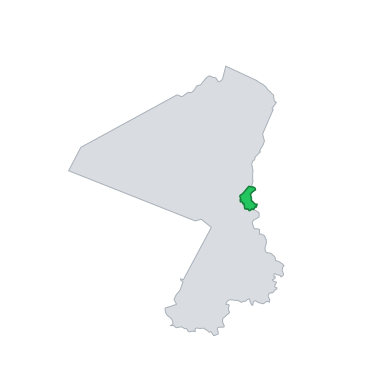 Koro, Mopti, Mali (highlighted), rotated 297°
{"feature_id": "8926073B21763479745041", "entity_name": "Koro", "entity_type": "district", "adm_level": 2, "iso_a3": "MLI", "parent_name": "Mali", "parent_adm1": "Mopti", "projection": "albers", "projection_center": [-2.891, 14.217], "detail": "fine", "context": "in_parent", "style": "filled", "palette": "green", "viewbox_px": 384, "rotation_deg": 297, "n_neighbors": 0, "source": "geoboundaries", "source_scale": "gbopen_adm2", "svg_char_len": 5813}
<svg xmlns="http://www.w3.org/2000/svg" viewBox="0 0 384 384"><g transform="rotate(297 192 192)"><path d="M75.8,273.2L76.0,272.0L75.0,271.1L75.0,270.7L75.7,267.2L75.6,266.2L76.1,264.5L75.5,263.6L75.3,263.1L73.8,260.7L73.3,258.7L72.5,257.4L70.6,256.9L69.9,258.0L69.4,258.2L68.7,257.4L68.5,256.7L68.5,256.0L66.1,252.9L66.3,251.3L67.3,250.4L67.7,249.0L66.9,247.4L67.1,245.8L67.0,243.6L65.6,241.7L64.7,240.8L63.9,239.4L64.7,236.4L63.3,233.7L66.0,234.9L67.4,234.0L68.7,232.7L69.8,231.0L70.4,228.8L70.6,227.0L71.8,224.1L73.2,222.7L76.0,220.8L76.7,221.0L81.0,225.5L83.5,227.8L84.3,229.0L85.2,229.0L86.5,226.9L87.9,225.1L88.4,224.7L92.9,224.6L95.2,225.0L97.2,225.6L100.2,225.9L107.9,224.7L108.1,223.9L108.0,222.9L108.3,222.1L109.0,221.4L109.5,221.2L109.7,223.7L110.3,224.1L112.2,224.2L169.3,225.3L171.9,212.6L167.7,208.0L154.9,72.4L181.4,72.7L185.9,75.8L271.7,134.5L272.1,136.5L272.1,139.1L272.7,139.9L274.0,140.7L278.9,143.2L279.3,143.7L279.5,144.7L280.1,146.0L281.2,146.8L282.4,147.3L283.9,147.7L288.3,148.0L289.3,148.5L291.2,150.9L292.3,151.3L298.3,152.4L300.3,153.0L302.4,154.0L303.5,155.0L303.6,158.7L304.5,161.1L304.5,161.7L303.6,162.7L303.4,163.4L302.3,165.3L302.5,166.1L304.7,167.5L305.7,167.8L306.9,167.8L319.5,165.0L320.7,199.6L320.2,200.2L320.1,206.3L319.2,210.0L317.7,212.7L316.7,216.7L316.1,217.5L315.7,219.8L314.8,221.2L313.2,221.8L310.3,224.4L310.1,226.5L303.1,225.5L302.7,225.5L302.4,225.8L302.3,226.9L284.4,228.0L275.7,228.6L270.3,233.4L266.7,233.9L262.2,233.6L259.9,233.6L259.0,233.9L258.9,234.7L251.8,232.4L249.1,233.2L248.7,232.9L248.3,232.4L247.1,232.2L245.0,232.3L243.6,232.7L239.1,236.4L236.6,237.4L232.1,239.6L229.0,241.5L227.9,241.9L226.1,242.0L224.6,242.4L223.3,246.6L222.5,247.0L217.1,245.3L216.0,245.6L215.0,246.1L212.0,248.6L210.5,250.6L209.7,253.2L209.8,255.0L209.3,255.5L207.9,255.6L205.4,255.1L204.6,255.3L204.3,256.6L204.3,259.5L203.8,261.4L202.3,262.0L201.1,262.8L200.2,263.0L199.5,262.8L195.1,259.9L193.6,259.4L192.0,259.7L190.4,261.0L187.6,264.0L187.9,265.1L188.6,266.3L189.2,267.9L189.1,269.3L185.1,271.2L186.0,272.7L185.9,276.6L184.0,278.4L183.4,279.6L181.6,280.8L180.0,281.5L175.1,282.5L173.2,283.8L172.2,284.8L172.0,285.8L172.2,287.1L173.1,289.7L172.8,292.1L171.9,294.8L171.2,296.0L168.9,297.4L169.2,299.2L169.4,301.8L169.0,305.1L168.2,307.4L167.7,307.1L165.5,307.2L163.1,307.9L162.3,308.5L162.1,309.2L160.0,311.0L158.7,310.9L157.5,310.4L156.8,309.9L156.8,309.6L157.6,308.2L157.6,307.7L156.8,305.1L157.0,304.5L156.7,302.5L156.5,302.4L153.9,303.2L153.8,303.6L154.2,304.8L153.9,305.0L153.0,305.0L151.7,304.6L150.3,303.4L149.9,303.8L149.7,304.7L149.6,305.7L150.0,307.7L149.6,308.4L147.3,308.2L145.5,308.4L145.0,309.1L144.8,309.9L145.2,310.7L145.1,311.1L144.3,311.6L144.0,311.6L142.9,310.6L138.8,309.6L138.5,308.3L138.0,308.3L136.7,306.7L136.2,306.7L135.7,306.9L134.1,306.8L132.7,308.2L131.6,309.8L130.5,310.6L128.8,311.0L129.1,309.9L128.6,308.4L125.0,306.4L124.5,305.7L123.7,301.4L123.7,300.1L124.0,299.0L123.9,298.1L123.6,297.5L122.5,296.8L121.4,296.5L120.0,297.3L119.3,297.4L118.6,297.4L118.3,297.0L118.4,296.6L120.0,294.4L120.7,293.4L122.3,292.4L122.7,291.8L122.7,291.4L122.6,291.1L121.6,290.6L120.1,289.5L119.2,289.4L118.6,288.9L117.9,287.2L117.5,286.9L116.8,286.7L116.1,286.3L116.3,282.2L114.9,279.2L113.6,275.3L112.9,274.4L111.7,273.6L110.2,273.0L108.9,272.8L107.4,273.2L107.4,273.6L108.2,274.8L108.3,275.5L108.2,276.2L107.9,276.6L105.8,277.0L103.1,278.3L102.1,279.9L101.5,280.1L100.5,279.8L93.4,276.9L90.3,278.0L88.3,280.3L87.8,281.1L86.8,281.7L86.3,281.7L85.8,281.2L83.8,277.5L82.9,276.6L81.8,276.6L80.8,277.1L79.8,278.3L78.5,279.4L77.6,279.7L76.9,279.5L74.1,277.0L73.9,276.4L75.4,273.6L75.8,273.2Z" fill="#d9dde1" stroke="#a8b0b8" stroke-width="1"/><path d="M201.0,246.7L201.3,247.5L202.0,248.5L201.9,248.7L201.7,248.8L201.5,248.7L201.5,248.8L201.8,249.0L202.3,249.6L202.2,250.4L201.7,250.7L201.4,251.2L201.4,251.5L201.6,251.8L201.9,251.9L201.9,252.1L202.1,252.3L202.3,252.4L203.1,252.8L203.4,252.8L204.0,252.7L204.0,253.1L204.0,253.6L204.2,254.4L204.3,254.6L204.5,254.5L204.8,254.5L205.0,254.6L205.3,254.8L205.5,255.0L205.8,255.0L206.0,255.0L206.3,255.0L206.5,255.0L206.7,254.9L206.8,254.9L207.0,254.9L207.0,255.0L207.3,255.2L207.4,255.3L207.5,255.3L207.6,255.5L207.7,255.8L207.7,256.0L207.8,256.1L208.0,256.1L208.2,255.9L208.2,255.7L208.3,255.6L208.4,255.4L208.5,255.4L208.7,255.5L208.8,255.5L209.0,255.5L209.2,255.8L209.3,255.8L209.8,255.8L209.8,255.7L210.1,255.6L210.4,255.5L210.5,255.5L210.4,255.3L210.3,254.9L210.2,254.8L210.2,254.7L210.1,254.4L210.0,254.0L210.0,253.3L210.0,253.1L210.0,252.9L210.0,252.7L210.2,252.4L210.3,252.3L210.3,252.2L210.4,251.9L210.5,251.9L210.6,251.6L210.7,251.2L210.8,250.9L211.0,250.4L211.1,250.0L211.0,249.9L210.9,249.8L210.8,249.7L210.9,249.3L211.0,249.3L211.0,249.0L211.2,248.9L211.4,248.8L211.6,248.6L211.8,248.5L212.5,248.2L212.9,248.0L213.5,247.8L213.6,247.7L214.0,247.3L214.4,246.9L214.6,246.7L214.8,246.6L214.9,246.4L215.0,246.4L215.2,246.2L215.5,246.0L215.7,245.8L216.1,245.5L216.6,245.2L216.8,245.0L218.1,245.4L218.3,245.4L218.8,245.6L219.2,245.7L219.6,245.8L220.1,246.1L221.1,246.6L221.5,246.8L221.9,247.0L222.1,247.2L222.3,247.3L222.5,247.4L222.6,247.5L222.7,247.4L223.0,247.3L223.4,247.1L223.7,246.9L223.8,246.7L223.9,246.4L224.0,246.2L224.2,245.8L224.2,245.6L224.2,245.3L224.2,245.1L224.2,244.8L224.2,244.6L224.2,244.4L224.1,244.2L223.4,242.3L223.3,241.4L223.0,240.4L222.7,240.0L215.6,238.4L212.5,237.5L212.0,237.1L211.4,236.6L210.9,236.5L210.0,236.5L209.7,236.7L209.5,237.0L209.2,237.5L208.8,237.8L208.4,237.9L208.1,238.2L207.8,238.7L207.6,238.4L207.2,238.4L206.6,238.6L206.4,239.1L206.0,239.2L205.8,239.2L205.7,239.3L205.5,239.5L205.3,239.6L205.3,240.1L205.9,240.3L206.0,240.6L205.8,241.5L204.6,242.8L205.2,243.6L204.5,244.1L202.7,245.4L201.5,246.3L201.0,246.7Z" fill="#22c55e" stroke="#15803d" stroke-width="1.5"/></g></svg>